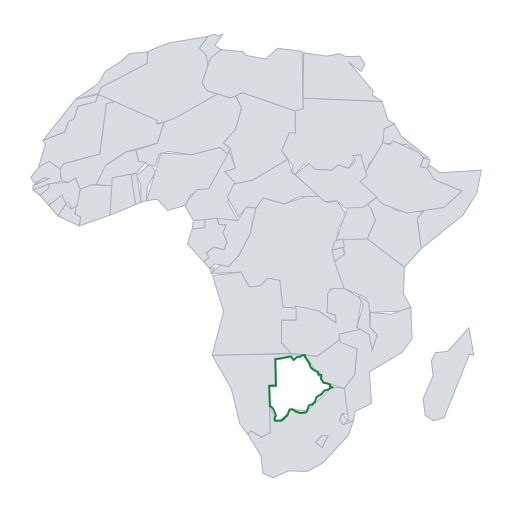 Botswana highlighted on a map of Africa
{"feature_id": "BWA", "entity_name": "Botswana", "entity_type": "country or territory", "adm_level": 0, "iso_a3": "BWA", "parent_name": "Africa", "parent_adm1": "", "projection": "orthographic", "projection_center": [24.585, -22.321], "detail": "fine", "context": "in_parent", "style": "outline", "palette": "green", "viewbox_px": 512, "rotation_deg": 0, "n_neighbors": 49, "source": "natural_earth", "source_scale": "50m", "svg_char_len": 12646}
<svg xmlns="http://www.w3.org/2000/svg" viewBox="0 0 512 512"><path d="M367.3,238.8L404.4,267.2L403.5,293.7L410.8,307.4L405.1,310.9L370.5,312.4L365.2,297.2L344.1,288.5L336.3,275.5L334.4,261.5L344.6,254.0L342.3,238.8L367.3,238.8Z" fill="#d9dde1" stroke="#a8b0b8" stroke-width="1"/><path d="M98.2,94.4L95.5,101.9L78.1,106.3L73.6,119.5L68.5,121.4L64.9,131.9L42.9,140.5L75.6,99.3L98.2,94.4Z" fill="#d9dde1" stroke="#a8b0b8" stroke-width="1"/><path d="M334.4,261.5L344.1,288.5L329.8,289.4L327.0,312.4L335.7,315.4L336.1,323.1L318.4,310.9L282.9,307.2L279.7,280.5L267.9,278.3L260.3,285.9L249.3,286.9L240.9,272.1L211.5,273.5L221.4,263.8L228.4,266.5L238.4,256.0L250.0,234.3L256.6,203.5L263.3,197.9L284.4,203.9L307.8,195.9L320.2,196.2L327.9,202.5L337.1,200.7L347.7,216.7L338.4,227.0L334.4,261.5Z" fill="#d9dde1" stroke="#a8b0b8" stroke-width="1"/><path d="M421.3,248.5L417.1,218.3L424.8,209.7L444.0,207.3L461.9,191.1L434.1,179.7L425.9,170.2L429.5,165.3L439.8,172.8L481.3,170.1L476.8,193.1L462.8,215.2L421.3,248.5Z" fill="#d9dde1" stroke="#a8b0b8" stroke-width="1"/><path d="M404.4,267.2L367.3,238.8L375.3,220.3L367.8,204.5L376.9,197.0L397.0,210.9L423.0,211.6L417.1,218.3L421.3,248.5L404.4,267.2Z" fill="#d9dde1" stroke="#a8b0b8" stroke-width="1"/><path d="M300.0,177.0L294.6,174.3L292.1,172.6L292.8,165.6L281.5,150.7L289.3,132.6L295.3,132.9L295.2,108.6L303.0,108.6L302.9,98.1L381.9,101.4L387.9,119.9L394.4,123.9L384.4,128.7L381.8,147.9L368.6,164.5L367.0,176.3L357.7,154.1L348.3,168.4L338.6,165.0L331.4,170.3L315.6,169.5L303.6,164.4L295.2,174.6L300.0,177.0Z" fill="#d9dde1" stroke="#a8b0b8" stroke-width="1"/><path d="M295.1,110.9L295.3,132.9L289.3,132.6L281.5,150.7L287.9,159.2L252.8,180.2L233.7,184.2L224.7,171.5L235.4,168.2L230.2,148.5L223.2,142.9L235.7,129.2L241.5,108.3L235.6,95.8L242.4,92.6L295.1,110.9Z" fill="#d9dde1" stroke="#a8b0b8" stroke-width="1"/><path d="M248.0,434.4L250.8,430.7L261.5,437.2L270.3,432.6L269.4,406.0L276.3,420.7L280.9,419.9L291.8,409.2L307.2,410.7L332.6,386.7L344.3,388.3L348.4,403.8L347.3,414.4L342.2,413.4L339.5,420.6L343.1,424.7L353.3,421.2L348.3,435.5L322.3,463.3L307.3,471.4L288.1,470.9L273.4,477.8L263.0,473.5L261.0,455.9L248.0,434.4ZM327.9,436.1L322.3,435.2L315.3,442.5L322.1,447.4L327.9,436.1Z" fill="#d9dde1" stroke="#a8b0b8" stroke-width="1"/><path d="M327.9,436.1L322.1,447.4L315.3,442.5L322.3,435.2L327.9,436.1Z" fill="#d9dde1" stroke="#a8b0b8" stroke-width="1"/><path d="M344.3,388.3L323.3,382.0L304.8,354.7L317.1,356.3L339.8,339.4L357.2,348.9L354.8,374.7L344.3,388.3Z" fill="#d9dde1" stroke="#a8b0b8" stroke-width="1"/><path d="M268.7,384.9L270.3,432.6L261.5,437.2L250.8,430.7L248.0,434.4L240.0,424.2L231.3,388.7L212.1,355.3L303.5,353.5L274.9,358.7L275.3,384.5L268.7,384.9Z" fill="#d9dde1" stroke="#a8b0b8" stroke-width="1"/><path d="M34.2,182.7L30.7,177.5L40.8,164.7L49.2,161.2L60.1,168.9L61.6,180.9L33.0,189.9L33.0,185.6L49.5,178.3L34.2,182.7Z" fill="#d9dde1" stroke="#a8b0b8" stroke-width="1"/><path d="M61.6,180.9L60.1,168.9L63.7,163.6L99.6,154.0L106.3,103.6L115.0,101.6L157.5,120.5L157.0,124.0L164.1,122.4L157.4,143.2L126.7,151.6L107.2,164.0L96.3,184.6L80.2,189.3L75.3,178.1L68.8,182.4L61.6,180.9Z" fill="#d9dde1" stroke="#a8b0b8" stroke-width="1"/><path d="M42.9,140.5L64.9,131.9L68.5,121.4L73.6,119.5L78.1,106.3L95.5,101.9L98.2,94.4L115.0,101.6L106.3,103.6L99.6,154.0L63.7,163.6L60.1,168.9L49.2,161.2L38.6,167.1L45.4,144.2L42.9,140.5Z" fill="#d9dde1" stroke="#a8b0b8" stroke-width="1"/><path d="M146.5,200.7L140.9,202.3L140.7,183.7L135.5,176.4L150.1,163.6L155.6,171.7L147.5,186.5L146.5,200.7Z" fill="#d9dde1" stroke="#a8b0b8" stroke-width="1"/><path d="M235.6,95.8L241.5,108.3L235.7,129.2L223.2,142.9L230.2,148.5L227.0,153.7L219.8,147.6L191.6,154.7L168.1,151.4L159.1,154.6L154.8,166.3L138.6,161.8L135.8,150.2L157.4,143.2L164.1,122.4L217.3,94.1L230.7,98.0L235.6,95.8Z" fill="#d9dde1" stroke="#a8b0b8" stroke-width="1"/><path d="M146.5,200.7L161.0,153.1L191.6,154.7L219.8,147.6L229.7,155.9L208.7,188.8L191.1,193.9L185.7,205.1L167.7,210.5L157.4,199.1L146.5,200.7Z" fill="#d9dde1" stroke="#a8b0b8" stroke-width="1"/><path d="M229.3,151.3L235.4,168.2L224.7,171.5L234.8,182.4L227.6,201.7L237.9,220.6L193.4,220.5L185.5,206.9L187.6,200.4L197.3,189.5L208.7,188.8L229.3,151.3Z" fill="#d9dde1" stroke="#a8b0b8" stroke-width="1"/><path d="M136.6,173.1L140.9,202.3L135.5,204.6L130.3,175.9L136.6,173.1Z" fill="#d9dde1" stroke="#a8b0b8" stroke-width="1"/><path d="M131.0,173.9L135.5,204.6L109.8,215.2L112.0,177.8L131.0,173.9Z" fill="#d9dde1" stroke="#a8b0b8" stroke-width="1"/><path d="M80.2,189.3L91.5,184.7L111.9,185.7L109.8,215.2L79.2,225.9L80.6,217.0L74.6,213.7L80.2,189.3Z" fill="#d9dde1" stroke="#a8b0b8" stroke-width="1"/><path d="M49.4,183.6L68.8,182.4L75.3,178.1L80.2,189.3L77.2,205.4L71.4,209.2L68.8,202.3L64.3,204.6L61.9,195.0L48.9,205.6L40.1,195.5L49.4,183.6Z" fill="#d9dde1" stroke="#a8b0b8" stroke-width="1"/><path d="M33.0,189.9L49.4,183.6L48.4,188.4L40.1,195.5L33.0,189.9Z" fill="#d9dde1" stroke="#a8b0b8" stroke-width="1"/><path d="M76.2,205.7L74.6,213.7L80.6,217.0L79.2,225.9L58.0,216.0L66.0,203.8L71.4,209.2L76.2,205.7Z" fill="#d9dde1" stroke="#a8b0b8" stroke-width="1"/><path d="M48.9,205.6L61.9,195.0L66.0,203.8L58.0,216.0L48.9,205.6Z" fill="#d9dde1" stroke="#a8b0b8" stroke-width="1"/><path d="M96.3,184.6L105.3,165.8L126.7,151.6L135.8,150.2L138.6,161.8L145.9,161.9L136.6,173.1L112.0,177.8L111.9,185.7L96.3,184.6Z" fill="#d9dde1" stroke="#a8b0b8" stroke-width="1"/><path d="M320.2,196.2L298.9,196.8L284.4,203.9L263.3,197.9L255.9,208.1L246.5,207.0L238.4,217.0L227.6,197.0L233.7,184.2L252.8,180.2L287.9,159.2L292.1,172.6L320.2,196.2Z" fill="#d9dde1" stroke="#a8b0b8" stroke-width="1"/><path d="M255.9,208.1L250.0,234.3L238.4,256.0L228.4,266.5L214.5,263.9L209.6,268.4L203.6,261.7L208.9,257.4L206.2,253.1L213.9,246.9L224.0,249.7L227.0,241.8L222.9,232.8L226.0,224.9L218.9,224.6L217.5,218.4L237.9,220.6L246.5,207.0L255.9,208.1Z" fill="#d9dde1" stroke="#a8b0b8" stroke-width="1"/><path d="M204.8,219.5L216.6,218.2L218.9,224.6L226.0,224.9L222.9,232.8L227.0,241.8L224.0,249.7L213.9,246.9L206.2,253.1L208.9,257.4L203.6,261.7L187.4,243.7L192.2,229.0L204.8,227.5L204.8,219.5Z" fill="#d9dde1" stroke="#a8b0b8" stroke-width="1"/><path d="M193.4,220.5L204.8,219.5L204.8,227.5L192.2,229.0L193.4,220.5Z" fill="#d9dde1" stroke="#a8b0b8" stroke-width="1"/><path d="M344.1,288.5L361.6,298.8L356.9,327.3L360.5,329.3L339.2,334.2L339.8,339.4L317.1,356.3L290.7,353.2L281.4,342.9L281.5,320.1L296.1,320.0L295.4,305.9L318.4,310.9L336.1,323.1L335.7,315.4L327.0,312.4L327.7,293.8L331.8,288.6L344.1,288.5Z" fill="#d9dde1" stroke="#a8b0b8" stroke-width="1"/><path d="M358.3,295.5L368.9,302.7L370.0,327.1L377.4,335.0L372.1,350.4L369.0,334.5L356.9,327.3L363.2,304.9L358.3,295.5Z" fill="#d9dde1" stroke="#a8b0b8" stroke-width="1"/><path d="M370.5,312.4L390.8,314.3L410.8,307.4L412.0,338.8L402.1,352.4L369.3,371.8L371.5,403.4L355.1,411.3L353.3,421.2L348.4,420.9L344.3,388.3L354.8,374.7L357.2,348.9L340.1,342.1L339.2,334.2L360.5,329.3L369.0,334.5L372.1,350.4L377.4,335.0L370.0,327.1L370.5,312.4Z" fill="#d9dde1" stroke="#a8b0b8" stroke-width="1"/><path d="M348.4,420.9L343.1,424.7L339.5,420.6L342.2,413.4L348.4,420.9Z" fill="#d9dde1" stroke="#a8b0b8" stroke-width="1"/><path d="M209.6,268.4L214.6,267.7L211.5,273.5L209.6,268.4ZM212.6,275.6L240.9,272.1L249.3,286.9L260.3,285.9L267.9,278.3L279.7,280.5L282.9,307.2L296.1,308.1L296.1,320.0L281.5,320.1L281.4,342.9L290.7,353.2L212.1,355.3L223.6,311.3L212.6,275.6Z" fill="#d9dde1" stroke="#a8b0b8" stroke-width="1"/><path d="M342.6,247.5L344.6,254.0L334.4,261.5L332.2,250.0L342.6,247.5Z" fill="#d9dde1" stroke="#a8b0b8" stroke-width="1"/><path d="M469.0,327.8L473.8,355.2L469.4,354.4L444.1,417.7L433.1,420.8L425.3,415.3L423.1,398.8L433.1,375.8L431.4,360.8L435.4,352.7L447.9,351.3L469.0,327.8Z" fill="#d9dde1" stroke="#a8b0b8" stroke-width="1"/><path d="M33.0,185.6L43.2,178.1L49.5,178.3L33.0,185.6Z" fill="#d9dde1" stroke="#a8b0b8" stroke-width="1"/><path d="M206.9,63.0L199.4,48.1L207.9,36.4L214.4,34.2L217.5,36.2L222.6,34.4L214.8,45.5L221.5,49.7L206.9,63.0Z" fill="#d9dde1" stroke="#a8b0b8" stroke-width="1"/><path d="M98.2,94.4L101.0,87.4L147.0,63.3L147.6,51.9L153.7,48.8L169.5,42.8L207.9,36.4L199.4,48.1L206.1,55.4L208.0,66.7L202.1,82.7L207.0,90.5L217.3,94.1L173.6,118.8L157.0,124.0L157.5,120.5L98.2,94.4Z" fill="#d9dde1" stroke="#a8b0b8" stroke-width="1"/><path d="M382.6,143.0L384.4,128.7L394.4,123.9L401.2,136.1L428.5,157.8L423.7,158.1L407.0,144.7L382.6,143.0Z" fill="#d9dde1" stroke="#a8b0b8" stroke-width="1"/><path d="M75.6,99.3L98.4,83.5L105.3,71.2L120.8,61.5L129.3,53.6L147.6,51.9L147.0,63.3L101.0,87.4L98.8,93.1L75.6,99.3Z" fill="#d9dde1" stroke="#a8b0b8" stroke-width="1"/><path d="M381.9,101.4L302.9,98.1L303.7,52.8L327.0,56.2L339.5,53.7L345.8,56.7L359.8,56.2L364.9,64.1L361.1,71.4L348.6,61.9L373.2,91.0L372.5,95.1L381.9,101.4Z" fill="#d9dde1" stroke="#a8b0b8" stroke-width="1"/><path d="M302.2,51.4L303.0,108.6L295.1,110.9L242.4,92.6L230.7,98.0L207.0,90.5L202.1,82.7L210.7,58.0L221.5,49.7L243.3,51.6L245.6,55.3L265.8,59.1L277.5,48.3L302.2,51.4Z" fill="#d9dde1" stroke="#a8b0b8" stroke-width="1"/><path d="M461.9,191.1L444.0,207.3L407.1,213.1L383.1,204.3L360.0,181.5L382.6,143.0L390.6,144.9L392.5,140.7L418.2,152.1L423.7,158.1L420.3,166.6L427.3,168.2L434.1,179.7L461.9,191.1Z" fill="#d9dde1" stroke="#a8b0b8" stroke-width="1"/><path d="M423.7,158.1L430.2,159.8L427.3,168.2L420.3,166.6L423.7,158.1Z" fill="#d9dde1" stroke="#a8b0b8" stroke-width="1"/><path d="M367.3,238.8L336.2,240.0L348.1,206.4L367.8,204.5L371.3,209.2L375.3,220.3L367.3,238.8Z" fill="#d9dde1" stroke="#a8b0b8" stroke-width="1"/><path d="M342.3,238.8L344.7,246.7L332.2,250.0L334.2,241.8L342.3,238.8Z" fill="#d9dde1" stroke="#a8b0b8" stroke-width="1"/><path d="M345.2,208.1L337.1,200.7L324.6,201.6L295.2,174.6L308.7,163.6L315.6,169.5L331.4,170.3L338.6,165.0L348.3,168.4L355.5,161.0L353.0,155.5L360.9,154.7L367.0,176.3L360.0,181.5L376.9,197.0L363.5,207.2L345.2,208.1Z" fill="#d9dde1" stroke="#a8b0b8" stroke-width="1"/><path d="M304.8,355.1L304.7,355.5L304.6,356.0L304.7,356.4L305.0,356.9L305.3,357.3L305.7,357.6L306.0,358.3L306.4,359.1L306.8,359.8L308.2,361.3L308.4,361.8L308.6,362.4L309.4,363.4L309.6,363.7L309.5,364.4L310.4,366.5L310.9,367.7L311.4,368.0L313.0,369.3L314.4,370.3L316.0,371.1L317.2,371.6L317.8,371.9L318.1,372.2L318.3,372.9L318.4,373.9L318.4,374.6L319.7,374.6L320.8,374.7L321.1,374.9L321.3,375.1L321.2,375.5L321.2,376.2L321.3,376.8L321.1,377.4L321.0,378.1L321.0,378.9L321.1,379.3L322.1,380.4L322.5,381.1L323.0,382.2L323.2,382.5L323.4,382.7L324.3,382.8L326.7,383.3L328.1,383.8L329.3,384.2L329.7,384.3L330.0,384.5L329.9,385.5L329.9,385.8L330.0,386.1L330.2,386.3L330.5,386.4L331.3,386.6L331.8,387.1L332.1,387.4L330.6,387.5L329.8,387.9L329.3,388.8L328.6,389.4L327.6,389.7L326.6,390.0L325.5,390.1L324.3,390.8L323.1,392.1L322.5,392.9L322.4,393.2L322.2,393.5L321.6,393.7L321.3,394.0L321.3,394.4L321.0,394.5L320.5,394.5L320.1,394.8L319.9,395.3L319.5,395.6L318.8,395.7L318.3,396.0L317.8,396.4L317.4,396.7L317.1,396.7L316.7,397.1L316.1,398.0L316.0,398.4L315.0,401.8L314.5,402.2L313.5,402.9L312.8,403.8L312.4,404.3L312.1,404.5L310.3,404.9L309.7,405.1L308.9,405.4L308.7,405.7L308.5,406.8L307.9,408.3L307.5,409.4L307.2,410.4L306.7,411.6L306.2,412.0L305.8,412.4L305.1,412.6L304.2,412.7L303.5,412.6L302.9,412.7L302.0,413.1L301.2,413.1L300.0,412.9L298.9,412.6L298.5,412.6L297.6,411.8L297.0,411.8L296.1,411.7L295.6,411.6L295.2,411.1L294.2,410.4L293.2,409.7L292.3,409.3L291.5,409.2L290.8,409.3L290.2,409.5L289.9,409.6L289.5,409.9L289.0,410.6L288.6,411.6L288.5,412.2L288.1,413.5L287.5,415.0L287.2,415.5L286.9,415.8L286.4,416.1L284.8,417.4L284.0,418.7L283.5,419.2L282.9,419.4L282.4,419.5L282.1,419.7L281.8,420.4L281.5,420.7L281.2,420.8L280.3,420.7L280.0,420.6L277.5,420.8L276.7,420.6L276.2,420.6L275.3,420.9L275.0,420.7L274.7,420.1L274.5,419.0L274.5,418.0L275.0,417.2L275.3,416.6L275.7,415.9L275.7,415.6L275.6,415.3L275.5,414.7L275.5,414.1L274.9,412.8L274.2,411.1L273.3,409.2L273.0,408.6L272.4,407.8L270.3,406.3L269.9,406.0L269.9,405.9L269.9,404.3L269.8,402.2L269.7,400.2L269.7,398.1L269.6,396.0L269.5,393.9L269.5,391.9L269.4,389.8L269.3,387.7L269.3,386.0L270.8,385.9L272.7,385.9L274.9,385.8L275.9,385.8L276.0,385.5L275.9,384.2L275.9,381.3L275.8,378.3L275.7,375.4L275.7,372.4L275.6,369.5L275.5,366.5L275.5,363.6L275.4,360.6L275.4,359.2L277.1,359.0L279.2,358.7L282.5,358.2L285.5,357.5L287.5,357.1L289.9,356.7L290.8,356.6L291.0,356.7L291.3,356.8L292.4,358.3L293.1,359.4L293.3,359.9L293.7,359.8L294.1,359.7L295.2,358.5L295.4,358.2L296.1,357.7L297.0,357.1L297.8,356.7L298.6,356.4L299.0,356.5L299.4,356.8L299.8,357.0L301.6,355.6L302.4,355.3L304.5,355.1L304.8,355.1Z" fill="none" stroke="#15803d" stroke-width="2"/></svg>